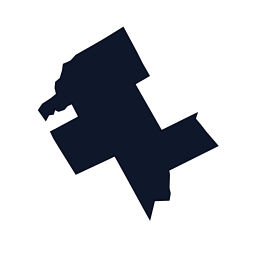 Boa Vista do Sul, Rio Grande do Sul, Brazil, rotated 331°
{"feature_id": "56859067B52990644407609", "entity_name": "Boa Vista do Sul", "entity_type": "district", "adm_level": 2, "iso_a3": "BRA", "parent_name": "Brazil", "parent_adm1": "Rio Grande do Sul", "projection": "robinson", "projection_center": [-51.681, -29.359], "detail": "fine", "context": "isolated", "style": "filled", "palette": "ink", "viewbox_px": 256, "rotation_deg": 331, "n_neighbors": 0, "source": "geoboundaries", "source_scale": "gbopen_adm2", "svg_char_len": 731}
<svg xmlns="http://www.w3.org/2000/svg" viewBox="0 0 256 256"><g transform="rotate(331 128 128)"><path d="M191.1,152.5L195.3,148.6L155.8,146.7L155.4,116.5L155.1,92.7L171.7,92.4L171.5,78.5L172.0,66.5L172.4,37.9L151.8,38.9L142.9,39.1L117.9,39.4L110.2,41.9L102.5,41.1L98.7,46.2L92.9,51.9L87.1,53.0L83.8,57.8L82.1,63.9L74.8,65.2L64.8,65.9L58.6,69.1L59.9,81.2L65.1,77.8L69.4,79.5L73.0,75.8L75.5,79.5L81.2,80.6L85.6,78.9L91.0,79.3L90.5,94.5L62.0,94.1L58.7,93.9L58.3,101.5L58.7,111.1L59.8,133.0L60.3,142.9L103.2,145.8L103.2,170.8L103.0,206.5L103.0,218.1L115.9,204.1L128.9,210.8L133.1,205.4L134.4,200.6L141.6,188.4L142.9,184.5L197.7,186.9L194.0,169.1L192.9,161.7L191.1,152.5Z" fill="#0f172a" stroke="#020617" stroke-width="1.5"/></g></svg>